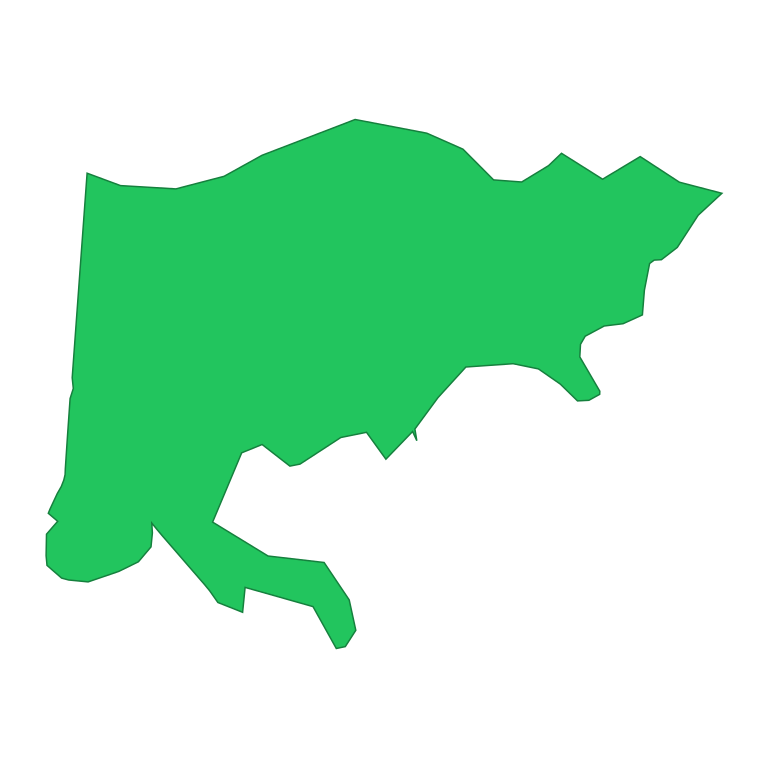 Orleans, Louisiana, United States of America
{"feature_id": "52423323B18472828692910", "entity_name": "Orleans", "entity_type": "district", "adm_level": 2, "iso_a3": "USA", "parent_name": "United States of America", "parent_adm1": "Louisiana", "projection": "natural_earth1", "projection_center": [-89.919, 30.033], "detail": "fine", "context": "isolated", "style": "filled", "palette": "green", "viewbox_px": 768, "rotation_deg": 0, "n_neighbors": 0, "source": "geoboundaries", "source_scale": "gbopen_adm2", "svg_char_len": 1192}
<svg xmlns="http://www.w3.org/2000/svg" viewBox="0 0 768 768"><path d="M416.8,440.7L414.9,429.0L438.0,397.6L465.9,367.0L513.1,363.7L538.4,368.9L560.3,384.1L577.5,400.9L588.9,400.3L599.7,394.3L599.8,391.2L579.8,356.9L580.5,344.3L585.2,336.2L604.2,326.0L623.1,323.7L642.4,314.9L644.4,290.2L649.6,263.5L654.2,260.1L661.4,259.7L677.3,247.4L698.2,215.2L716.9,197.9L721.9,193.3L679.4,182.2L640.2,156.6L602.6,179.2L561.5,153.3L548.6,165.6L521.7,182.0L493.6,179.9L463.0,149.2L426.8,133.2L355.1,119.5L262.0,155.3L224.1,176.3L175.8,188.9L120.5,185.6L87.1,173.2L72.2,377.7L73.3,388.5L70.1,398.5L67.5,435.9L65.3,469.1L65.1,474.6L63.8,480.1L61.3,486.5L57.3,493.5L50.0,509.1L48.3,513.3L57.7,521.3L52.1,527.7L46.5,534.2L46.1,555.7L47.0,565.4L61.6,578.1L68.7,580.0L88.1,581.9L118.8,571.4L138.4,561.8L151.0,546.9L152.4,532.9L152.0,526.9L151.8,523.1L157.6,530.2L162.4,535.9L198.6,577.7L204.5,584.5L209.6,590.7L217.9,602.5L242.6,612.3L245.1,587.4L313.0,606.6L336.3,648.5L345.3,646.6L355.8,630.3L349.2,599.9L324.1,562.5L268.0,556.0L212.6,522.1L241.7,452.8L262.1,444.5L289.9,466.1L300.0,464.1L340.8,437.5L366.5,432.3L385.9,459.2L412.6,431.5L416.8,440.7Z" fill="#22c55e" stroke="#15803d" stroke-width="1.5"/></svg>